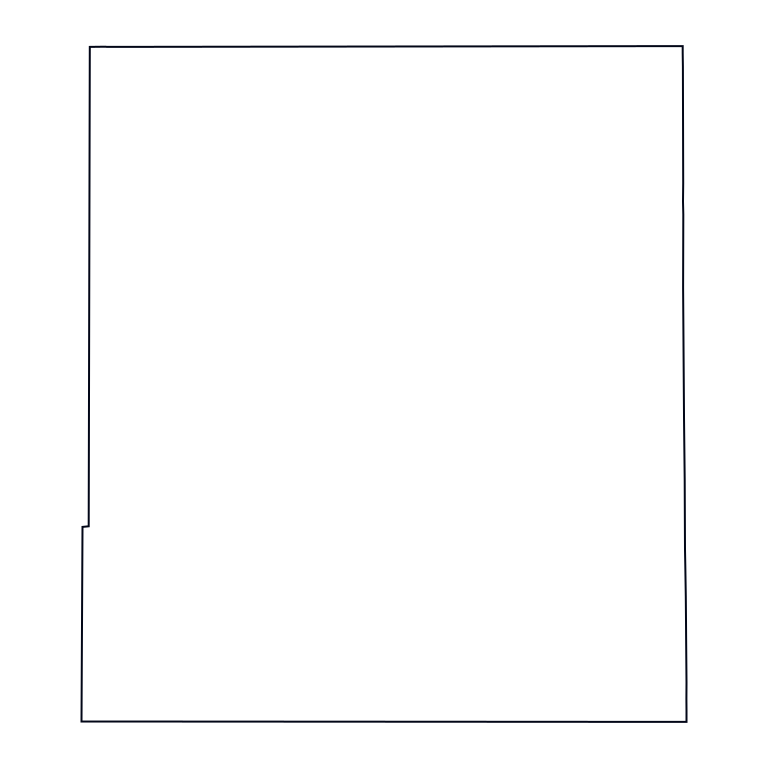 Prowers, Colorado, United States of America
{"feature_id": "52423323B94431049458493", "entity_name": "Prowers", "entity_type": "district", "adm_level": 2, "iso_a3": "USA", "parent_name": "United States of America", "parent_adm1": "Colorado", "projection": "orthographic", "projection_center": [-102.223, 37.956], "detail": "fine", "context": "isolated", "style": "outline", "palette": "ink", "viewbox_px": 768, "rotation_deg": 0, "n_neighbors": 0, "source": "geoboundaries", "source_scale": "gbopen_adm2", "svg_char_len": 439}
<svg xmlns="http://www.w3.org/2000/svg" viewBox="0 0 768 768"><path d="M89.8,46.9L88.7,526.3L82.5,526.9L81.5,721.5L686.5,721.9L686.5,710.9L686.4,698.8L686.5,682.8L686.1,635.8L686.0,619.9L685.8,596.5L685.3,565.6L685.0,549.6L684.9,527.3L684.7,479.9L684.0,416.9L684.0,414.8L683.1,287.7L683.3,214.6L683.0,201.6L683.2,183.5L682.9,66.4L682.7,52.9L682.7,46.1L106.9,46.9L105.5,46.7L89.8,46.9Z" fill="none" stroke="#020617" stroke-width="2"/></svg>